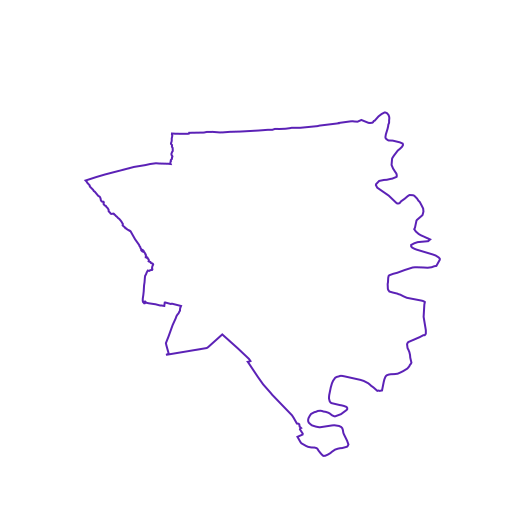 the district of Vetrisoaia, Vaslui, Romania, rotated 16°
{"feature_id": "2599482B68362790153734", "entity_name": "Vetrisoaia", "entity_type": "district", "adm_level": 2, "iso_a3": "ROU", "parent_name": "Romania", "parent_adm1": "Vaslui", "projection": "robinson", "projection_center": [28.193, 46.447], "detail": "fine", "context": "isolated", "style": "outline", "palette": "violet", "viewbox_px": 512, "rotation_deg": 16, "n_neighbors": 0, "source": "geoboundaries", "source_scale": "gbopen_adm2", "svg_char_len": 6103}
<svg xmlns="http://www.w3.org/2000/svg" viewBox="0 0 512 512"><g transform="rotate(16 256 256)"><path d="M345.7,418.4L349.9,422.5L351.2,423.5L356.5,424.8L358.7,425.1L361.9,424.8L365.1,424.0L367.2,424.0L368.2,424.4L369.7,425.8L372.2,427.6L373.9,428.7L375.8,429.6L377.5,429.0L379.7,427.2L381.8,425.0L382.9,423.3L385.4,420.3L387.9,418.6L389.8,417.6L391.7,416.9L396.0,414.3L396.5,413.4L396.8,411.7L394.5,408.5L389.6,403.1L388.7,401.9L387.5,399.4L386.7,398.2L386.3,397.7L385.0,396.9L382.7,396.5L377.9,397.1L375.8,397.9L364.5,403.1L362.9,403.3L360.5,403.5L356.5,403.4L354.9,402.8L352.7,401.7L351.8,400.6L351.4,399.6L351.2,398.5L351.2,397.3L351.8,394.5L352.5,392.6L355.2,390.0L356.5,389.3L358.2,387.9L360.5,387.0L362.1,386.8L363.7,386.9L366.0,386.6L368.5,386.7L370.1,387.0L373.1,388.2L375.5,388.5L376.3,388.3L381.3,384.6L385.5,379.1L385.9,378.1L385.6,377.0L385.0,376.4L384.2,376.1L381.7,375.9L379.2,376.0L377.6,376.2L369.2,376.6L368.3,376.4L367.0,375.5L365.5,373.0L365.1,371.6L364.7,369.5L364.1,361.8L364.1,357.4L364.5,354.6L365.7,351.2L366.9,350.0L368.8,348.9L370.0,348.0L371.9,347.5L374.2,347.3L390.5,346.3L394.0,346.4L399.0,347.4L401.5,348.5L402.1,348.9L405.2,350.0L409.8,352.2L410.7,351.6L412.0,351.6L414.2,350.5L413.5,341.9L413.4,339.2L413.7,336.4L414.0,335.6L414.5,334.7L416.1,333.5L417.9,332.6L421.8,331.3L424.6,330.1L427.0,328.1L429.2,326.1L432.5,322.5L433.7,319.9L434.0,318.2L434.6,316.9L434.8,315.7L432.3,311.2L431.3,308.6L429.9,306.1L428.1,303.8L427.4,303.2L426.9,302.4L425.5,299.1L425.8,297.3L426.3,296.6L435.9,288.7L438.7,286.0L440.0,285.6L440.5,284.6L440.6,283.6L439.7,280.5L433.9,268.3L431.2,256.3L431.0,253.7L430.5,253.5L428.7,253.2L426.8,253.3L412.5,254.6L408.8,254.1L405.4,253.4L403.3,253.4L402.3,253.2L397.7,253.4L394.0,253.4L392.4,252.1L391.8,251.2L390.3,246.7L390.1,244.9L389.1,240.5L389.0,238.6L389.4,237.8L392.8,235.3L396.4,233.2L402.8,228.5L409.7,223.9L411.4,223.2L413.3,222.6L420.1,220.9L424.2,220.0L427.9,218.4L430.2,216.7L432.1,215.8L433.7,209.0L433.5,208.1L432.8,207.5L431.9,207.0L428.5,206.0L425.5,205.8L408.5,205.6L406.4,205.4L403.9,204.9L403.0,204.4L402.4,203.8L402.1,202.6L404.7,200.1L407.6,198.1L417.4,194.3L418.8,192.1L408.6,190.6L406.3,190.0L402.9,188.4L400.7,186.6L401.0,185.0L400.5,177.7L400.8,176.9L404.4,171.4L404.8,170.6L404.7,167.1L403.6,164.3L401.2,161.7L398.6,159.0L396.8,158.0L395.0,156.4L391.8,154.6L390.8,154.3L389.7,154.4L386.7,155.1L385.3,156.7L383.2,159.9L380.4,163.4L379.5,165.5L378.8,166.1L377.3,166.6L376.1,166.2L367.0,161.4L353.7,156.9L351.7,154.8L351.6,153.9L353.7,149.9L358.1,147.6L360.7,146.7L364.1,144.8L365.6,144.1L369.3,141.2L369.3,140.3L368.6,138.6L367.9,137.8L366.4,136.6L363.6,134.1L361.2,131.1L360.0,125.0L360.1,124.1L360.9,121.5L363.2,115.6L364.8,113.3L366.2,110.9L366.7,109.1L366.5,108.2L366.0,107.5L362.9,107.1L355.6,107.4L351.6,108.4L350.5,108.2L348.6,107.4L347.9,106.7L347.6,105.9L347.3,103.2L347.4,97.8L347.3,95.2L347.0,93.2L347.2,91.6L347.1,90.8L346.5,88.7L346.3,87.3L345.8,85.8L344.7,84.1L343.3,83.1L342.5,82.6L340.8,82.4L340.0,82.6L337.6,84.9L335.3,88.0L332.8,93.2L332.0,93.8L331.6,95.2L331.1,95.8L329.0,96.7L327.4,97.0L319.8,96.2L316.6,98.9L313.4,99.6L311.8,99.8L309.8,100.5L298.9,105.3L299.0,105.6L281.2,113.1L279.3,114.2L263.1,120.6L255.0,122.9L253.5,123.7L249.4,125.5L243.7,127.4L239.2,128.6L236.9,130.2L232.4,131.5L224.1,134.6L206.6,140.7L196.5,143.9L190.1,146.3L187.2,147.2L180.3,148.6L174.5,150.3L171.9,151.7L157.8,156.0L157.8,156.8L156.9,157.3L145.2,160.6L141.5,161.4L141.7,162.4L142.4,163.4L142.6,166.3L143.2,168.3L143.3,169.6L143.2,171.1L143.4,171.7L144.7,172.5L145.1,174.2L146.1,175.1L146.9,177.5L147.0,178.3L146.7,179.0L146.5,180.9L146.6,181.4L147.0,182.2L148.0,183.0L148.3,183.6L148.0,184.2L148.2,184.8L148.4,185.9L147.9,186.7L147.7,187.4L147.8,187.9L148.1,188.2L147.9,188.8L147.9,189.6L148.2,190.6L148.6,191.1L146.3,191.5L137.4,193.8L134.3,194.4L128.8,196.8L124.6,199.1L114.2,204.0L88.3,219.3L80.9,224.0L71.4,230.4L72.7,231.2L73.6,232.1L76.7,234.0L77.1,235.0L81.2,237.3L82.2,238.3L83.3,238.6L87.8,241.7L89.2,242.0L89.8,242.4L90.7,243.5L91.4,245.0L91.8,245.4L92.5,246.0L93.3,246.2L94.4,245.9L94.9,246.3L95.1,248.0L95.3,248.2L96.6,249.1L97.8,249.2L98.6,250.0L100.1,250.8L101.5,252.1L102.1,253.7L103.8,254.6L104.4,255.2L104.9,255.4L105.4,255.4L107.4,254.5L108.1,254.8L108.2,255.1L109.4,255.5L110.4,256.2L111.3,256.5L113.1,257.6L114.3,258.0L115.3,258.7L116.1,259.2L117.5,260.3L117.8,260.7L119.1,261.8L119.3,262.5L119.3,263.2L120.5,264.0L121.2,264.2L122.4,264.8L122.5,265.1L122.9,265.4L123.8,265.3L124.5,265.8L125.9,266.2L126.7,266.2L127.4,266.7L127.9,266.5L128.6,266.8L135.1,273.2L140.6,277.6L141.2,278.5L142.2,279.2L142.6,280.0L143.5,280.8L144.0,281.5L144.0,281.9L144.1,282.1L144.7,282.0L145.1,281.4L145.4,281.4L145.6,281.7L145.5,282.1L145.0,282.6L145.2,282.8L145.7,282.9L145.7,282.4L145.9,282.3L146.8,282.3L147.1,283.0L147.7,283.2L148.6,284.0L149.0,284.3L149.2,284.9L149.7,285.1L149.9,285.8L150.5,286.4L150.2,287.4L150.3,287.6L151.3,287.3L152.0,287.4L152.2,287.6L152.0,288.0L153.3,288.6L153.8,289.0L154.4,290.3L154.3,290.7L155.1,290.9L156.0,290.8L156.4,291.0L156.8,291.6L157.7,291.8L158.5,291.7L159.1,292.0L159.5,292.5L159.2,294.6L159.4,296.4L159.6,296.8L160.0,297.1L160.1,297.4L160.0,298.0L158.2,298.8L157.7,299.6L157.2,299.8L156.0,299.8L155.5,301.8L155.3,304.1L154.9,305.5L155.1,307.1L156.1,312.0L156.5,315.1L157.8,320.9L158.4,324.4L158.9,328.1L159.4,330.1L160.0,331.3L161.6,332.3L162.0,332.1L161.7,331.3L161.6,330.5L162.0,330.3L163.0,330.9L163.1,331.2L166.1,331.0L172.7,330.1L177.7,330.0L178.3,329.7L181.6,329.3L181.1,325.9L181.4,325.7L187.4,325.6L188.3,325.0L197.7,324.7L197.5,326.9L197.7,328.5L198.0,329.5L197.6,330.7L197.5,331.7L197.2,332.9L196.7,333.7L196.1,335.9L196.0,338.0L194.9,345.4L194.1,357.5L193.4,364.6L194.6,366.8L198.8,373.6L198.6,374.3L196.8,375.8L233.7,358.2L234.6,357.5L235.6,356.0L245.2,340.7L264.2,349.9L277.5,356.8L279.6,358.5L278.2,359.6L277.3,360.0L291.1,371.7L298.2,377.4L307.9,383.6L309.9,385.0L334.5,399.2L336.7,401.1L341.5,405.8L343.1,405.5L344.0,405.9L345.0,408.0L346.7,408.9L346.1,409.4L346.0,410.5L349.9,413.9L350.0,414.8L345.7,418.4Z" fill="none" stroke="#5b21b6" stroke-width="2"/></g></svg>